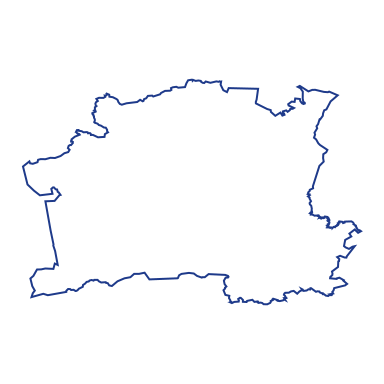 outline of Dzērbenes pag., Vecpiebalgas, Latvia
{"feature_id": "27541924B98442671693527", "entity_name": "Dzērbenes pag.", "entity_type": "district", "adm_level": 2, "iso_a3": "LVA", "parent_name": "Latvia", "parent_adm1": "Vecpiebalgas", "projection": "natural_earth1", "projection_center": [25.681, 57.222], "detail": "fine", "context": "isolated", "style": "outline", "palette": "blue", "viewbox_px": 384, "rotation_deg": 0, "n_neighbors": 0, "source": "geoboundaries", "source_scale": "gbopen_adm2", "svg_char_len": 5924}
<svg xmlns="http://www.w3.org/2000/svg" viewBox="0 0 384 384"><path d="M39.9,195.3L52.5,193.8L51.3,188.9L53.0,187.4L53.9,187.4L55.7,189.3L57.1,189.5L57.7,191.8L58.7,192.4L60.5,194.9L59.4,195.2L54.6,200.9L45.4,201.3L50.6,230.5L53.5,244.4L53.3,245.6L55.1,251.0L57.7,264.9L54.8,263.6L53.4,268.9L45.3,268.5L41.1,269.4L37.0,269.5L33.4,275.9L30.4,278.5L32.3,286.2L34.8,290.6L32.8,293.2L31.5,297.1L43.3,293.8L47.8,295.2L66.3,291.9L66.3,290.8L68.1,289.0L70.2,289.1L71.1,290.0L73.6,289.8L75.5,291.0L76.3,290.9L77.5,290.3L78.9,288.7L82.8,286.8L83.0,285.0L85.1,283.6L86.6,281.9L88.7,281.5L89.6,280.5L91.6,280.0L93.6,280.6L94.2,279.9L97.6,279.9L98.9,281.3L101.2,282.5L105.7,282.2L105.9,282.8L107.8,283.2L109.2,285.4L111.9,286.0L117.5,281.3L124.5,278.3L130.4,277.2L134.1,273.9L138.9,273.9L144.6,272.7L149.4,279.4L177.4,278.3L177.9,278.1L179.1,275.3L181.5,273.9L188.9,272.9L193.8,273.5L197.0,275.9L201.8,277.6L202.2,277.2L204.8,277.2L208.6,274.1L225.2,274.9L228.0,275.9L228.5,276.8L228.0,277.5L225.6,277.7L223.9,280.7L224.6,284.1L226.4,286.5L225.0,287.7L225.1,288.5L223.5,290.2L225.4,294.9L229.3,295.8L229.0,298.1L230.3,300.3L230.3,301.1L231.8,302.3L230.6,302.5L231.9,303.1L234.3,301.9L238.7,301.6L238.9,300.5L238.2,299.0L240.0,297.8L240.8,297.9L242.9,299.9L242.9,301.8L246.6,302.0L247.1,300.9L252.4,299.8L254.4,301.9L257.8,301.4L258.1,301.8L257.8,302.5L258.5,302.9L260.6,302.6L262.2,303.0L263.6,304.2L267.2,304.3L270.2,302.9L270.8,301.9L270.7,301.0L272.9,300.1L273.4,299.3L272.8,299.0L273.1,298.7L277.6,300.1L277.3,300.6L277.6,300.8L279.7,301.1L283.0,300.4L284.2,299.5L285.3,300.1L284.1,298.1L286.4,298.0L286.3,297.6L285.3,297.2L285.1,295.9L283.9,294.8L284.3,293.6L285.2,292.8L288.8,292.7L291.0,291.4L293.7,290.9L297.2,293.7L299.5,291.4L302.2,290.0L301.5,288.9L302.8,289.6L303.2,290.8L303.7,290.9L306.7,290.5L308.4,289.3L310.1,289.5L310.4,288.2L311.1,288.2L316.0,291.8L317.3,291.3L319.4,291.5L319.8,292.4L321.9,293.3L322.7,293.2L322.9,294.2L324.1,294.2L325.8,295.6L328.2,296.0L329.3,295.1L331.7,295.1L332.0,294.6L330.5,294.1L333.2,293.5L332.3,292.0L333.5,290.5L334.2,288.1L345.1,285.4L347.1,283.9L343.4,280.7L343.8,280.2L339.4,277.7L336.7,278.4L336.6,278.9L330.1,278.3L330.3,277.0L332.3,275.1L332.5,273.7L332.0,271.5L338.0,267.0L338.3,261.4L339.0,261.1L339.3,259.1L337.2,257.1L340.1,255.8L344.6,257.5L346.4,257.6L346.9,256.2L354.7,246.2L352.5,246.7L349.0,248.9L345.6,247.4L344.0,246.1L345.2,239.9L351.3,236.5L349.4,233.6L354.7,229.5L358.1,232.8L361.0,231.2L359.6,230.2L358.4,230.2L356.6,228.2L356.7,227.7L355.8,226.6L356.1,226.4L355.9,225.6L353.6,224.3L353.9,223.9L353.2,222.6L351.5,221.4L344.9,221.6L344.3,221.9L344.5,222.6L343.1,223.1L342.2,221.8L339.2,221.4L338.7,222.2L339.2,222.8L337.9,223.3L338.4,224.2L337.3,224.8L337.7,225.3L336.3,226.2L335.5,226.1L335.0,227.2L333.6,226.9L332.5,228.0L332.5,227.6L331.1,227.5L330.6,227.9L330.0,227.8L330.1,227.4L327.9,227.4L328.3,227.0L327.5,226.8L328.1,226.3L327.1,225.4L328.5,224.8L328.1,224.1L329.1,223.8L329.4,222.5L327.8,221.0L329.0,220.6L328.1,219.5L329.1,219.4L328.3,217.7L327.2,217.8L327.2,216.9L324.8,216.5L324.0,217.2L324.4,217.8L323.8,218.1L323.0,218.2L322.1,217.4L321.1,218.6L320.4,218.2L320.7,217.7L320.1,217.3L319.4,217.6L319.9,216.8L319.0,216.3L318.8,215.5L318.2,215.3L317.9,216.1L316.3,215.5L314.6,215.7L312.2,214.5L310.9,214.6L311.1,213.7L309.9,213.3L310.6,212.5L312.1,212.4L312.0,211.4L311.5,211.3L311.8,208.6L311.2,205.7L309.9,204.4L309.6,203.1L311.0,201.2L309.5,198.5L309.6,197.6L308.0,196.4L309.5,195.3L309.0,195.1L309.4,194.4L307.8,194.0L308.3,193.3L308.2,192.4L309.7,190.9L309.8,189.8L313.1,188.3L312.9,186.3L319.4,165.9L323.7,161.6L323.1,158.1L323.3,154.2L326.2,152.3L327.4,149.9L320.0,145.0L318.3,143.3L316.1,139.4L314.0,137.7L315.1,134.6L314.5,132.7L317.2,128.3L316.5,126.3L318.1,124.1L319.4,119.8L319.6,119.3L320.1,119.5L322.8,115.8L323.1,113.3L324.2,110.3L326.4,109.4L330.6,101.4L337.7,95.3L329.1,91.6L327.9,92.2L323.9,91.9L315.2,89.8L312.2,89.9L308.4,91.4L299.8,85.9L297.8,86.9L300.4,88.2L302.8,91.6L302.7,98.6L303.3,101.8L304.7,102.7L304.8,103.5L303.5,104.0L302.0,103.3L300.3,101.1L299.9,99.0L295.2,98.5L294.6,101.9L291.7,101.6L288.2,104.2L288.6,105.5L294.0,108.0L292.7,108.8L290.3,108.9L289.8,110.2L287.6,111.8L286.2,110.4L282.9,111.4L282.8,113.2L284.0,113.4L284.5,114.8L282.4,115.6L280.4,112.6L275.3,115.8L270.9,111.9L270.7,110.1L267.1,109.0L255.9,103.4L255.8,102.0L256.6,99.6L258.1,88.8L228.7,88.1L227.0,92.1L223.3,90.2L220.6,84.7L221.1,81.6L220.3,81.8L219.7,81.3L218.6,81.8L216.4,81.4L210.4,82.8L205.7,81.5L204.2,83.0L202.7,82.8L201.1,81.8L200.8,80.9L198.4,80.5L195.7,80.9L193.3,80.0L192.7,80.6L192.6,79.8L191.8,79.7L188.1,80.3L186.4,83.3L185.0,87.1L178.3,87.7L176.3,86.8L172.8,87.3L171.0,88.1L171.4,89.9L170.1,90.7L165.0,90.9L161.0,93.0L160.1,94.3L153.2,96.5L152.2,95.6L147.9,95.9L146.2,98.3L144.1,99.1L143.5,100.9L142.7,101.3L140.1,99.8L137.2,102.0L126.5,103.3L121.8,104.7L119.8,103.9L118.3,101.9L117.7,100.1L116.6,99.1L112.8,97.2L109.4,96.7L109.2,94.7L106.6,93.6L106.4,93.9L106.9,94.8L105.7,95.8L104.8,95.6L105.2,96.9L103.4,97.9L99.0,97.8L96.4,98.9L97.8,101.0L96.0,102.2L95.4,103.6L95.8,105.7L96.4,106.1L94.9,107.3L94.9,109.7L94.3,110.3L95.3,110.4L95.7,111.6L92.3,113.2L92.6,114.3L93.4,114.8L93.4,115.7L94.0,116.2L94.0,117.7L94.8,119.3L94.8,120.9L94.2,122.1L94.7,122.7L97.6,123.7L98.8,125.0L100.9,125.6L103.9,127.5L105.8,127.7L107.1,129.8L107.1,131.2L108.0,132.3L104.9,134.1L104.5,136.9L98.0,137.3L92.9,134.9L90.9,135.0L90.7,133.7L89.9,133.1L88.0,133.3L87.6,132.3L86.7,132.1L83.5,132.3L81.7,131.2L78.9,130.8L78.6,130.0L76.9,130.1L76.0,131.9L76.7,132.0L76.6,132.6L77.3,133.4L79.3,134.1L79.7,134.7L74.8,136.7L71.6,139.3L71.7,140.1L71.2,140.5L71.1,141.6L72.8,141.9L72.8,143.1L71.0,145.1L70.1,145.0L68.7,145.8L67.9,148.1L69.6,149.8L68.2,152.1L64.4,153.2L60.6,156.0L55.0,158.0L50.4,157.8L45.4,159.2L40.7,159.1L38.1,159.8L37.5,162.2L32.8,163.8L30.1,163.3L29.4,161.4L23.0,166.5L27.5,184.5L34.0,190.7L39.9,195.3Z" fill="none" stroke="#1e3a8a" stroke-width="2"/></svg>